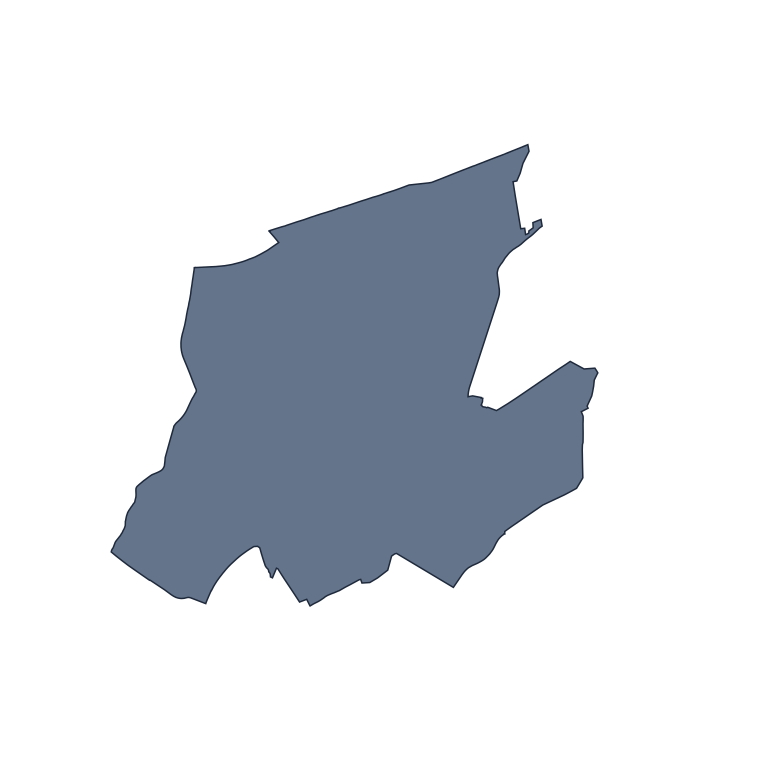 Leiden, Zuid-Holland, Netherlands (orthographic projection), rotated 202°
{"feature_id": "6326949B91980754405751", "entity_name": "Leiden", "entity_type": "district", "adm_level": 2, "iso_a3": "NLD", "parent_name": "Netherlands", "parent_adm1": "Zuid-Holland", "projection": "orthographic", "projection_center": [4.488, 52.152], "detail": "fine", "context": "isolated", "style": "filled", "palette": "slate", "viewbox_px": 768, "rotation_deg": 202, "n_neighbors": 0, "source": "geoboundaries", "source_scale": "gbopen_adm2", "svg_char_len": 6063}
<svg xmlns="http://www.w3.org/2000/svg" viewBox="0 0 768 768"><g transform="rotate(202 384 384)"><path d="M172.9,351.5L166.4,359.4L165.5,364.9L164.5,371.5L168.7,381.2L175.5,397.2L177.3,402.1L177.6,404.4L178.7,407.3L181.2,413.6L184.5,421.5L185.9,425.3L186.8,427.5L187.4,428.8L189.4,430.9L190.7,432.2L189.6,433.5L185.7,438.0L187.4,439.6L186.9,450.7L187.6,454.7L188.8,460.5L190.5,466.4L190.0,474.2L189.9,474.4L191.4,475.6L194.4,477.7L204.1,472.9L219.8,474.7L222.6,470.5L227.8,463.0L251.1,427.9L256.4,420.0L261.8,412.2L267.9,403.9L269.8,401.5L279.1,401.3L279.8,400.5L281.2,400.5L283.4,400.0L284.4,400.0L285.0,400.4L285.4,401.0L286.0,400.9L286.0,404.1L286.2,405.0L286.8,406.6L287.0,407.7L288.7,407.4L288.7,407.9L297.3,406.2L297.5,406.1L301.3,403.7L301.5,404.3L302.0,405.6L302.4,407.1L302.8,408.7L303.1,410.3L303.4,412.1L303.5,413.2L309.7,501.8L310.0,505.4L310.2,507.6L310.4,508.7L310.7,510.3L311.3,512.0L311.9,513.6L312.7,515.2L313.8,517.1L317.8,524.2L319.5,527.1L320.0,528.2L320.5,529.0L320.8,529.9L321.1,531.6L321.3,533.0L321.3,533.5L321.3,534.0L321.3,534.9L321.2,535.5L320.9,537.1L320.6,538.6L319.9,540.9L319.5,543.0L319.3,543.8L319.3,544.4L318.8,546.7L318.0,549.2L317.6,550.6L317.2,551.7L317.0,552.4L315.8,554.9L314.6,557.2L313.6,558.5L312.3,560.5L311.0,562.2L309.4,564.8L306.9,569.9L305.6,572.3L304.8,573.7L304.0,575.0L303.1,576.5L302.0,578.6L300.6,581.7L299.5,584.1L298.7,586.0L298.3,586.8L297.5,588.1L296.7,589.3L296.5,589.6L300.1,595.4L306.4,589.4L304.2,584.7L305.6,582.4L307.0,580.2L306.3,578.2L307.6,576.5L308.7,575.6L311.9,581.1L315.4,579.2L325.8,596.2L332.9,607.8L340.1,619.9L336.9,622.0L336.7,630.4L337.8,640.6L336.7,654.1L340.3,659.8L360.5,640.3L363.8,637.3L369.7,631.8L381.9,620.3L383.2,619.2L391.7,611.2L397.6,605.6L410.5,593.3L415.3,588.8L417.9,587.2L435.3,577.9L443.6,570.3L447.2,567.1L455.8,560.0L455.8,559.9L458.5,557.5L461.7,554.9L464.1,553.1L467.5,550.2L469.7,548.3L473.4,545.3L476.0,543.1L477.6,541.7L483.7,536.5L490.8,530.8L491.1,530.6L491.7,530.3L492.1,530.0L492.3,529.8L492.9,529.0L493.6,528.4L497.4,525.1L499.2,523.7L501.7,521.6L506.5,517.8L514.3,511.2L518.0,507.9L519.8,506.3L525.6,501.6L530.5,497.4L532.5,495.7L533.9,494.5L534.9,493.5L537.6,491.5L542.5,487.5L547.7,483.2L547.0,482.9L547.5,482.5L541.0,479.2L534.6,475.7L536.0,473.6L537.4,471.5L541.0,466.0L542.3,464.1L543.0,463.2L546.3,459.1L547.8,457.3L551.2,453.4L554.2,450.6L555.4,449.6L557.5,447.5L559.7,445.5L562.0,443.6L564.1,442.0L565.7,440.8L567.1,439.8L569.5,438.0L570.6,437.3L573.0,435.8L576.0,434.0L579.6,432.1L584.1,429.8L588.0,428.0L602.3,421.4L602.6,421.4L602.6,421.2L603.5,420.8L602.9,419.0L602.0,415.2L601.1,411.6L600.3,408.1L599.3,404.3L598.4,400.3L597.8,397.9L597.1,395.5L596.3,391.9L595.6,388.6L595.2,386.0L594.5,383.0L594.0,379.6L593.0,374.4L592.2,371.0L591.2,365.9L590.8,363.7L590.2,358.9L590.0,357.9L589.8,355.4L589.0,350.7L588.7,349.7L588.5,348.8L587.9,346.8L587.6,345.9L586.8,344.0L586.0,342.1L585.0,340.3L584.5,339.3L583.3,337.5L582.0,335.7L581.3,334.8L579.5,332.8L573.1,326.3L568.0,321.0L561.5,314.0L557.8,310.1L556.9,309.3L556.1,308.5L555.9,308.2L555.7,307.8L555.5,307.4L555.4,307.0L555.3,306.5L555.3,305.8L555.6,304.4L555.9,301.2L556.2,299.6L556.4,298.2L556.5,296.9L556.7,293.8L557.1,285.8L557.3,284.0L557.5,282.9L557.8,281.2L558.2,279.6L558.5,278.5L559.3,276.0L560.2,273.7L560.6,272.8L561.5,271.0L562.1,269.7L562.5,268.3L563.0,266.2L562.7,264.4L562.4,261.6L561.2,250.6L561.0,248.9L560.7,246.2L559.3,233.9L558.1,230.0L556.9,225.5L557.2,222.5L557.3,222.4L557.8,221.0L558.7,219.6L559.1,219.2L559.7,218.4L561.6,216.4L565.1,213.0L565.3,212.7L566.1,211.6L567.7,209.0L570.0,205.2L570.4,204.6L570.9,203.7L573.5,198.8L574.0,197.7L574.2,197.3L574.4,196.9L574.6,196.3L574.8,195.6L574.8,195.3L574.8,194.4L574.7,194.1L574.7,193.8L574.6,193.6L574.5,193.3L574.1,192.2L572.4,188.4L571.7,186.3L571.3,183.5L570.9,181.1L570.9,180.9L571.6,178.5L571.7,177.8L571.8,177.1L572.3,175.5L572.5,174.3L573.2,171.1L573.4,169.8L573.4,169.4L573.5,168.6L573.4,167.4L573.3,165.3L573.2,164.7L572.7,161.9L572.5,161.0L572.3,159.6L571.9,158.6L570.9,155.9L570.8,155.2L570.7,153.0L570.7,152.7L570.8,151.6L571.0,150.0L571.0,148.6L571.1,148.0L571.2,147.3L571.4,146.7L571.5,145.5L571.8,144.3L571.9,143.8L572.1,143.4L572.3,142.6L573.6,138.2L573.9,136.6L573.9,136.1L573.8,131.9L573.8,131.0L573.9,130.1L574.1,129.3L574.2,128.9L574.2,127.4L574.0,126.1L568.1,124.2L560.5,122.0L553.2,120.0L545.9,118.3L527.9,114.2L527.7,114.5L527.0,114.4L524.0,113.8L510.4,111.0L502.2,108.9L499.5,108.4L497.0,108.2L494.8,108.4L493.3,108.7L491.8,109.1L490.3,109.8L489.1,110.4L486.6,112.2L485.3,112.9L483.6,113.3L467.0,113.6L467.1,115.0L467.1,117.6L467.0,122.5L466.8,127.8L466.6,127.8L466.2,132.3L465.7,135.5L465.0,139.1L464.0,143.2L463.1,146.3L462.6,148.1L461.9,150.2L461.1,152.8L459.8,156.4L458.4,159.7L455.2,166.5L453.5,169.8L451.9,172.6L449.7,176.1L448.5,178.0L447.6,179.3L446.7,180.6L443.8,184.5L440.3,186.2L440.0,186.0L438.7,185.8L437.9,185.6L436.9,184.4L434.2,180.9L429.5,175.1L426.5,171.6L426.0,171.0L425.3,170.5L424.2,169.7L422.4,169.0L421.9,168.6L421.5,168.3L421.3,168.0L420.9,167.4L420.7,167.0L420.5,166.7L419.0,165.9L418.7,165.6L418.3,165.1L417.0,162.6L416.9,162.6L414.8,162.5L414.7,172.9L413.2,172.9L407.5,168.8L403.4,165.9L388.5,155.7L380.6,150.2L375.0,155.4L369.6,150.6L369.4,150.5L367.3,153.3L366.4,154.4L364.8,156.2L363.3,157.9L362.7,158.7L361.8,159.9L359.7,163.1L358.6,165.0L358.1,165.6L357.6,166.3L356.9,167.1L355.6,168.4L354.1,169.9L352.1,171.7L351.0,172.8L348.7,175.1L348.1,175.6L343.8,181.1L340.3,185.2L333.7,193.2L332.4,194.1L329.9,191.2L322.8,194.6L317.3,201.8L310.8,212.8L312.5,227.3L310.5,230.4L310.3,230.6L308.9,231.6L243.5,221.4L241.4,231.0L240.2,236.5L239.7,238.3L239.2,240.1L238.5,241.9L237.7,243.7L236.8,245.4L235.5,247.0L234.2,248.7L230.1,252.9L227.7,255.8L226.5,257.4L225.5,258.9L224.6,260.6L223.1,264.2L222.4,266.0L221.4,269.7L221.0,271.7L220.8,273.7L220.5,278.0L219.9,282.0L219.4,283.9L218.7,285.7L217.9,287.4L216.5,289.7L216.6,289.9L215.8,290.2L216.2,291.1L216.8,292.5L213.5,297.8L211.9,300.3L191.4,331.3L175.2,348.8L172.9,351.5Z" fill="#64748b" stroke="#1e293b" stroke-width="1.5"/></g></svg>